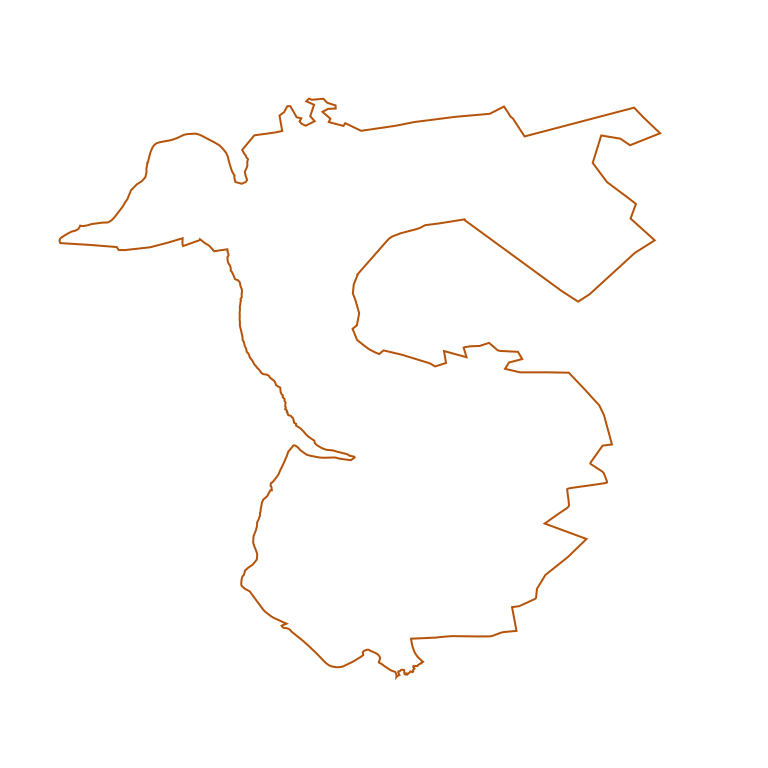 Brocēni, Brocenu, Latvia, rotated 353°
{"feature_id": "27541924B69877910900849", "entity_name": "Brocēni", "entity_type": "district", "adm_level": 2, "iso_a3": "LVA", "parent_name": "Latvia", "parent_adm1": "Brocenu", "projection": "equal_earth", "projection_center": [22.567, 56.678], "detail": "fine", "context": "isolated", "style": "outline", "palette": "amber", "viewbox_px": 768, "rotation_deg": 353, "n_neighbors": 0, "source": "geoboundaries", "source_scale": "gbopen_adm2", "svg_char_len": 6150}
<svg xmlns="http://www.w3.org/2000/svg" viewBox="0 0 768 768"><g transform="rotate(353 384 384)"><path d="M244.0,239.1L243.9,243.4L244.3,245.3L245.5,247.4L246.0,250.1L245.9,251.5L245.6,252.9L246.6,254.1L247.6,256.9L248.9,261.6L249.5,262.2L251.4,263.0L252.8,264.7L253.4,266.3L253.4,268.6L253.6,269.8L254.4,272.5L254.4,273.7L254.2,275.9L253.7,276.9L253.4,280.5L252.1,281.9L251.9,282.7L252.2,283.9L251.7,284.6L251.1,287.3L250.2,290.2L250.2,292.2L249.3,296.0L249.2,298.8L248.8,300.1L248.8,301.4L248.5,302.5L248.6,305.4L248.3,306.4L248.1,308.3L248.2,310.5L248.5,312.1L249.3,319.9L249.1,322.8L249.6,324.5L250.1,325.3L250.3,328.7L251.5,332.3L251.7,335.3L253.1,337.2L253.6,338.9L254.2,341.6L256.3,345.0L257.7,348.7L258.9,350.3L259.9,352.3L261.8,354.5L263.5,357.8L264.3,358.8L265.6,359.6L268.1,360.2L270.6,361.6L271.6,363.8L273.3,365.4L273.9,366.2L274.8,366.8L276.0,368.5L276.7,371.9L278.7,373.7L280.4,374.7L280.6,375.1L280.4,379.5L280.8,380.4L281.1,381.8L282.2,382.9L282.2,383.4L281.8,384.4L281.8,384.8L283.5,386.7L283.2,388.9L284.0,390.2L284.1,390.7L283.5,392.2L283.2,394.2L283.7,395.8L282.8,396.9L282.9,397.1L284.1,398.1L284.4,398.7L284.4,399.4L284.1,400.1L284.8,400.5L284.7,401.6L285.0,402.9L285.6,403.4L287.4,404.1L287.8,404.5L288.5,405.7L289.3,406.4L289.7,407.5L289.8,409.2L290.2,410.0L289.8,410.6L289.8,411.0L290.4,411.9L291.8,412.7L292.0,413.1L291.6,414.2L291.7,414.6L295.6,417.8L298.2,421.0L300.2,424.2L302.5,427.0L307.9,431.8L308.1,432.4L308.0,433.7L308.2,434.3L309.7,436.3L314.2,439.9L318.6,442.2L325.5,443.8L329.1,445.4L338.7,449.1L341.2,451.0L345.3,452.4L345.9,453.0L345.9,453.4L341.8,455.6L330.8,452.7L327.7,451.4L325.9,450.9L315.5,449.9L311.4,449.2L302.3,446.3L298.7,444.8L298.1,444.3L293.3,439.9L290.5,436.0L288.1,434.1L286.9,433.9L285.9,434.4L285.4,435.2L280.7,439.6L278.5,444.1L273.6,452.3L270.3,457.2L268.8,460.1L266.9,462.4L262.3,467.1L260.8,468.3L260.0,468.3L259.4,469.2L259.0,471.2L259.7,471.9L259.7,475.8L258.2,475.7L254.2,481.3L250.3,483.8L248.5,486.6L246.2,493.8L246.1,495.4L245.1,497.0L245.1,498.9L243.4,502.6L241.2,505.8L240.7,509.4L238.9,513.8L236.1,518.9L234.8,525.1L235.1,527.7L237.1,535.4L237.4,537.8L236.4,542.7L231.7,547.3L226.8,549.8L223.2,552.3L222.8,553.8L221.7,556.3L220.1,557.7L219.0,560.1L218.1,564.0L217.9,565.8L218.1,566.8L218.8,567.9L221.1,570.4L225.0,573.1L225.5,573.6L236.5,593.1L238.1,595.3L243.6,600.8L246.2,602.8L258.0,610.0L252.9,611.4L253.8,613.1L254.4,613.7L257.8,614.6L259.7,615.6L261.1,616.8L261.9,618.4L271.9,628.6L277.3,634.8L283.7,642.5L290.4,651.4L292.4,653.9L295.2,656.6L298.1,658.1L302.3,659.3L304.8,659.6L307.0,659.6L309.3,659.2L318.8,656.0L327.4,652.2L330.4,650.5L330.1,647.9L330.3,647.5L331.2,646.7L333.9,645.8L334.9,645.7L336.4,645.9L336.9,646.1L338.0,647.3L340.1,648.3L343.4,650.4L345.4,652.1L346.9,655.0L346.2,657.0L344.9,659.6L345.3,660.1L347.8,661.8L350.1,664.1L355.9,669.1L360.1,671.2L360.7,673.1L360.9,675.2L360.6,676.4L361.4,675.6L363.9,674.7L363.6,674.2L363.0,672.0L363.3,671.0L364.4,671.1L366.6,669.7L369.1,670.4L369.0,673.6L369.2,674.6L369.6,674.8L370.5,673.9L371.1,674.0L371.0,675.1L371.4,675.3L374.0,673.7L375.1,672.5L377.2,673.5L378.1,672.6L377.9,671.6L378.5,670.8L379.6,670.2L378.5,668.3L379.0,667.6L382.9,667.9L384.0,666.8L386.5,665.9L386.3,665.7L388.9,664.5L387.7,663.3L384.2,659.0L382.5,655.9L381.4,653.2L380.3,648.0L380.0,645.2L379.8,640.1L404.3,642.0L411.8,642.1L420.6,642.5L446.4,646.0L458.2,647.4L460.6,647.3L469.7,645.1L472.3,644.8L485.4,645.2L483.9,621.1L491.1,621.0L508.0,615.6L508.9,614.6L510.8,606.1L511.6,604.9L515.7,599.9L520.9,593.2L545.5,578.1L566.1,562.5L526.5,542.1L540.2,534.7L550.8,529.3L552.6,527.7L552.8,527.0L553.0,521.9L552.9,510.8L553.8,510.3L557.2,510.0L581.4,509.6L591.8,509.3L593.2,509.0L593.4,508.4L593.3,507.2L591.6,500.4L591.0,498.8L590.0,497.5L579.4,488.6L579.1,487.9L579.6,487.0L593.5,471.8L602.9,471.8L598.6,442.0L595.2,431.7L582.9,414.3L568.8,395.3L545.9,392.1L520.5,389.0L506.0,383.7L510.7,377.9L524.2,376.1L520.9,368.4L503.1,365.3L500.8,364.3L493.3,356.0L483.4,357.9L474.5,357.1L468.9,357.3L467.5,357.6L469.2,367.5L447.6,358.6L448.1,370.7L436.8,372.8L432.1,369.1L405.5,357.2L387.6,350.6L382.9,353.7L379.0,351.5L373.3,347.6L368.7,343.2L362.7,337.1L359.5,325.4L364.2,322.5L368.0,310.8L365.8,297.0L364.1,290.4L366.1,281.5L371.1,272.5L370.8,272.2L404.7,242.0L406.8,240.3L410.1,238.6L419.0,236.4L434.7,234.3L439.0,233.4L444.1,231.4L459.2,231.3L484.1,230.4L484.2,231.3L571.5,313.2L586.7,325.9L599.0,320.0L649.0,284.4L670.2,274.4L648.9,249.8L656.0,236.0L649.6,229.6L629.9,210.7L618.1,190.0L629.9,163.8L648.5,169.3L657.3,177.0L688.6,168.8L674.0,151.0L665.9,140.2L553.7,155.4L544.2,136.0L542.1,134.0L540.0,129.3L536.9,123.2L522.0,128.7L487.1,127.5L446.0,127.7L427.2,129.1L392.1,129.9L377.3,120.4L375.2,122.9L361.1,117.3L363.1,114.1L356.1,106.4L362.1,104.1L369.6,104.7L369.9,101.6L362.0,98.0L358.6,93.5L347.0,93.1L344.4,91.6L341.3,93.9L348.6,98.3L343.4,109.2L347.2,114.7L337.8,118.1L334.1,115.8L332.2,113.1L334.3,110.2L329.8,108.6L324.9,96.8L321.9,96.5L318.0,102.0L313.0,104.8L313.8,120.5L305.9,121.1L285.6,121.4L271.8,134.3L273.4,138.5L274.5,140.0L275.1,142.3L276.4,144.2L275.3,147.1L275.1,150.2L274.3,152.2L271.7,156.4L272.0,160.4L272.8,163.5L272.9,164.9L271.5,166.6L267.2,167.9L261.1,165.4L260.6,160.7L261.1,158.8L260.3,157.5L258.9,153.8L257.3,145.1L256.8,139.9L255.5,135.4L252.6,130.7L249.5,126.8L245.1,123.5L232.5,114.8L229.8,113.4L227.4,112.5L219.4,112.0L215.6,112.3L208.7,114.7L204.5,115.6L201.0,116.1L190.9,116.7L187.4,117.4L185.1,118.8L183.5,120.4L182.1,122.6L180.3,125.8L176.4,135.8L176.1,135.7L174.4,141.6L174.2,144.4L172.4,149.6L168.5,153.1L163.0,155.7L156.6,160.8L151.6,169.6L149.7,171.5L146.5,175.8L136.5,186.0L133.4,188.4L130.0,189.9L129.3,190.0L123.9,189.5L113.3,189.6L108.8,190.4L104.6,190.6L101.7,189.8L100.7,191.6L99.1,193.2L96.1,194.2L92.4,194.7L88.6,196.1L81.3,199.4L79.9,200.8L79.4,202.4L79.8,204.7L108.5,210.0L135.4,215.5L137.0,218.7L143.3,219.5L168.4,219.8L186.4,217.4L201.9,214.8L201.2,218.7L201.1,221.0L201.4,222.6L218.7,218.7L219.0,217.9L223.7,222.6L226.9,225.0L229.7,228.7L231.5,231.5L244.9,231.2L244.8,232.1L245.1,232.6L244.8,233.3L245.5,236.6L245.2,237.6L244.0,239.1Z" fill="none" stroke="#b45309" stroke-width="2"/></g></svg>